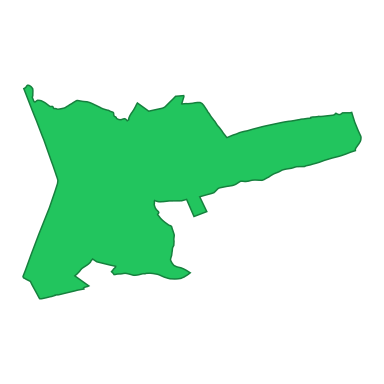 Plopeni, Prahova, Romania (Robinson projection)
{"feature_id": "2599482B12764649469915", "entity_name": "Plopeni", "entity_type": "district", "adm_level": 2, "iso_a3": "ROU", "parent_name": "Romania", "parent_adm1": "Prahova", "projection": "robinson", "projection_center": [25.96, 45.044], "detail": "fine", "context": "isolated", "style": "filled", "palette": "green", "viewbox_px": 384, "rotation_deg": 0, "n_neighbors": 0, "source": "geoboundaries", "source_scale": "gbopen_adm2", "svg_char_len": 5957}
<svg xmlns="http://www.w3.org/2000/svg" viewBox="0 0 384 384"><path d="M355.4,150.6L355.3,150.0L355.4,149.1L356.0,147.8L359.0,143.6L360.3,141.4L360.7,140.2L360.9,139.1L361.0,137.4L360.8,136.3L358.3,130.9L354.7,122.1L351.7,112.4L350.1,112.8L344.5,112.8L342.5,112.9L342.4,113.0L341.5,113.6L340.5,114.4L340.0,114.5L339.2,114.6L338.6,114.5L337.2,114.0L336.0,113.3L335.5,113.4L335.3,113.9L335.0,114.2L334.3,114.7L333.7,115.0L332.9,115.2L327.3,115.8L323.1,116.3L320.7,116.5L319.6,116.5L318.8,116.3L318.4,116.5L315.3,116.9L312.5,117.0L310.7,117.4L310.7,118.2L307.4,118.4L303.5,119.0L302.0,119.1L301.0,119.2L299.6,119.6L298.2,119.8L294.5,120.5L290.9,121.1L288.6,121.3L284.2,122.0L282.2,122.4L274.6,124.0L264.8,126.1L261.8,126.8L259.6,127.4L252.7,129.2L247.3,130.8L244.1,131.4L241.4,132.1L239.4,132.7L236.4,134.0L233.2,135.0L229.6,136.5L228.3,137.1L226.9,137.6L226.4,137.1L226.0,136.5L224.2,134.2L223.5,133.4L222.7,132.2L222.1,131.2L221.2,130.0L219.3,127.5L217.3,125.3L214.9,121.5L214.1,120.5L213.6,120.1L213.4,119.6L212.5,118.5L210.9,116.4L210.2,115.3L209.5,114.1L208.8,113.1L208.2,112.4L207.6,111.6L207.1,110.5L203.7,105.4L202.1,103.6L201.6,103.3L200.4,102.6L199.7,102.5L198.1,102.5L197.3,102.5L194.9,102.8L192.4,103.3L189.1,103.6L188.1,103.7L185.9,103.6L184.7,103.7L182.6,103.9L182.1,103.9L181.7,103.8L181.9,103.1L182.5,101.3L182.6,100.8L183.0,99.5L183.1,99.2L183.7,97.3L183.9,96.6L183.8,95.9L183.7,95.6L175.6,96.3L172.8,99.2L170.3,101.6L165.6,106.3L165.0,106.9L164.0,107.5L162.4,108.2L159.6,108.8L148.6,111.2L148.2,110.8L144.2,107.9L137.4,103.0L136.6,104.3L135.5,106.6L133.4,110.4L133.1,110.7L132.3,112.0L131.3,113.3L130.0,115.5L129.0,117.7L128.7,119.1L128.7,119.7L127.2,120.8L126.2,119.7L125.8,119.3L125.4,119.0L124.7,118.7L123.9,118.8L123.1,119.0L121.1,119.7L120.2,119.7L119.1,119.6L117.9,119.2L117.4,119.0L116.6,118.4L116.4,118.1L116.1,117.3L115.8,117.1L115.6,116.9L114.8,116.6L114.1,116.0L113.8,115.2L113.7,114.3L113.6,113.2L113.4,112.7L113.0,112.3L112.6,112.1L110.5,111.4L109.9,111.1L108.7,110.4L107.2,110.1L106.1,109.8L102.9,108.8L101.1,108.0L100.1,107.4L97.6,106.2L95.6,105.2L94.8,104.9L93.5,104.2L91.3,103.2L89.3,102.4L87.2,101.8L83.8,101.5L82.8,101.4L78.8,100.7L77.6,100.5L77.1,100.5L76.6,100.6L76.2,100.8L74.9,101.6L73.2,102.6L71.8,103.6L70.1,104.5L69.3,105.0L68.4,105.7L66.9,106.5L65.1,107.7L64.3,108.0L63.5,108.2L60.7,108.8L58.3,109.2L57.5,109.2L55.8,108.6L54.8,108.5L54.2,108.6L53.8,108.5L53.5,108.2L53.0,106.9L52.5,106.5L52.2,106.4L51.2,106.5L50.8,106.5L50.3,106.5L50.0,106.4L49.6,106.2L45.7,103.2L44.3,102.3L42.0,101.1L41.1,100.7L39.5,100.4L38.2,100.3L37.5,100.3L36.8,100.7L35.5,101.7L35.0,102.0L34.6,102.0L34.3,101.8L33.9,101.4L32.4,97.7L32.3,97.2L32.6,96.3L32.8,95.6L32.8,94.6L32.9,90.8L32.8,89.6L32.7,88.7L31.8,87.5L31.0,86.6L30.1,86.0L29.5,85.6L28.6,85.3L27.7,85.2L27.0,85.6L25.9,87.2L24.7,88.2L23.8,88.6L32.0,109.7L34.5,116.0L36.4,120.6L42.0,135.3L43.9,140.0L51.3,161.0L53.0,165.6L55.6,173.2L56.3,175.4L57.0,177.3L57.7,179.6L57.9,180.6L57.8,181.4L57.5,183.6L54.9,191.7L52.9,197.5L49.9,206.3L49.3,208.0L38.8,234.3L30.9,255.2L28.7,261.3L25.3,270.6L23.2,275.9L23.0,276.7L23.6,277.9L24.4,278.2L26.2,279.3L30.4,281.4L31.6,283.9L32.3,285.3L37.5,294.8L37.9,295.6L39.6,298.7L40.7,298.8L41.8,298.7L46.4,297.7L49.9,296.8L51.6,296.5L55.1,295.4L55.0,295.2L57.1,294.7L57.2,294.9L58.6,294.8L64.7,293.3L74.8,290.9L77.3,290.2L83.9,289.0L83.6,287.9L84.6,287.3L86.6,286.7L87.6,286.5L88.8,285.9L75.1,276.1L74.8,275.8L76.7,274.3L79.5,271.4L80.6,269.9L81.9,268.5L82.4,268.1L87.3,264.9L88.6,263.9L90.0,262.6L90.5,262.0L90.8,261.2L92.6,259.0L96.8,261.8L109.8,265.0L115.7,266.3L115.6,266.8L115.4,267.3L114.6,268.1L114.1,268.6L113.5,269.1L113.1,269.8L111.5,271.7L112.8,272.9L114.1,274.6L115.3,274.5L116.4,274.2L117.7,274.0L120.9,273.9L122.9,273.6L123.8,273.4L125.4,273.3L127.3,273.6L129.8,274.2L133.2,275.2L134.6,275.3L136.6,275.1L138.0,274.9L139.0,274.7L142.1,273.9L143.0,273.7L143.8,273.7L145.1,273.8L145.4,273.6L146.5,273.3L147.2,273.3L150.0,273.2L153.0,273.5L157.5,274.3L159.3,274.9L161.7,276.0L164.2,277.1L168.1,278.3L169.3,278.6L170.0,278.8L172.8,278.9L174.4,279.0L176.9,278.9L178.8,278.7L180.9,278.4L181.5,278.1L182.4,277.7L183.9,277.1L184.3,276.9L185.3,276.2L186.7,275.4L188.3,274.3L190.2,272.8L186.3,270.3L183.6,268.9L181.0,267.8L177.8,267.1L176.5,266.7L175.5,266.2L174.0,265.5L173.2,264.6L172.0,263.0L171.1,261.3L170.6,260.2L170.5,259.7L170.6,259.0L170.8,258.0L171.6,255.5L171.7,254.8L172.0,252.3L172.3,250.6L172.3,249.9L172.5,248.3L172.6,247.7L173.0,246.9L173.7,245.6L173.8,245.4L173.8,245.2L173.9,243.3L174.0,241.5L174.0,240.9L173.9,240.6L173.8,239.2L174.2,235.8L174.2,235.0L173.9,233.8L173.0,231.0L172.0,228.1L171.8,227.1L171.5,226.5L171.4,226.3L170.9,226.0L170.5,225.7L169.2,225.3L168.6,225.0L164.9,222.3L162.5,220.3L160.9,218.7L160.1,217.8L159.4,216.8L158.6,215.8L157.6,214.6L157.9,213.9L158.3,213.5L158.6,213.1L158.8,212.6L158.6,212.0L158.4,211.6L158.0,211.3L157.4,210.6L156.7,210.0L156.1,209.3L155.8,208.7L155.2,207.9L155.0,207.2L154.5,205.8L154.2,204.4L154.2,204.0L154.4,203.4L154.4,202.6L154.3,201.6L154.4,201.1L154.6,200.5L155.2,200.8L157.1,201.4L158.4,201.7L160.2,201.8L161.7,201.7L163.5,201.6L166.2,201.3L169.6,200.9L171.3,200.9L181.6,200.8L186.6,199.4L194.0,216.5L206.8,211.6L199.7,196.8L203.0,195.8L212.0,193.3L213.9,192.7L214.2,192.3L215.0,191.7L217.9,188.7L219.4,187.9L226.8,186.4L229.7,186.0L230.1,185.9L232.1,185.6L233.6,185.2L235.1,184.6L236.1,184.1L239.8,181.7L240.6,181.3L241.7,181.2L243.1,181.3L244.7,181.5L245.9,181.5L248.7,181.1L250.4,180.6L252.2,180.2L253.4,180.1L255.0,180.0L261.4,180.3L262.4,180.2L264.0,179.6L267.0,177.9L268.7,177.1L270.5,175.8L273.5,174.0L275.4,173.2L277.3,172.5L279.2,171.7L282.3,170.0L285.0,169.3L286.5,169.0L291.2,168.3L293.0,167.8L295.7,166.9L296.7,166.7L299.6,166.6L302.9,166.6L304.7,166.5L305.6,165.9L310.6,164.8L312.4,164.2L316.2,163.2L319.2,162.3L324.6,160.3L332.3,158.0L338.7,156.4L341.4,155.6L345.7,154.1L350.5,152.2L354.5,150.9L355.4,150.6Z" fill="#22c55e" stroke="#15803d" stroke-width="1.5"/></svg>